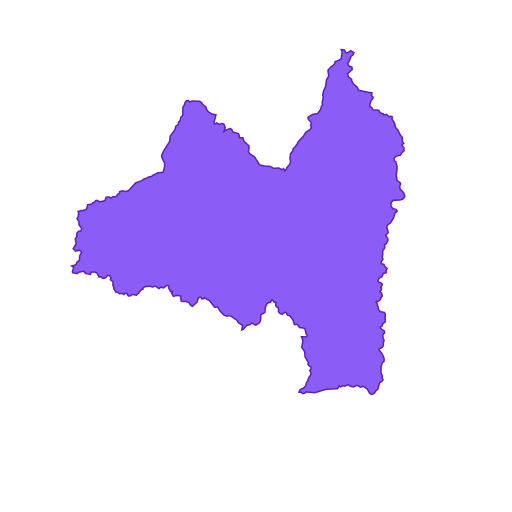 outline of Abancay, Apurímac, Peru, rotated 70°
{"feature_id": "86281439B95631648955536", "entity_name": "Abancay", "entity_type": "district", "adm_level": 2, "iso_a3": "PER", "parent_name": "Peru", "parent_adm1": "Apurímac", "projection": "orthographic", "projection_center": [-72.819, -13.777], "detail": "fine", "context": "isolated", "style": "filled", "palette": "violet", "viewbox_px": 512, "rotation_deg": 70, "n_neighbors": 0, "source": "geoboundaries", "source_scale": "gbopen_adm2", "svg_char_len": 6095}
<svg xmlns="http://www.w3.org/2000/svg" viewBox="0 0 512 512"><g transform="rotate(70 256 256)"><path d="M262.5,108.2L260.6,108.1L258.0,111.3L255.8,112.0L253.6,111.7L251.6,110.1L250.6,108.0L252.7,101.1L252.6,97.9L250.6,95.7L247.0,95.6L242.4,97.7L239.6,97.1L237.9,95.6L236.7,95.4L232.7,97.9L231.4,97.1L228.5,96.7L220.6,92.9L215.2,92.4L213.9,93.5L212.6,93.4L211.3,92.6L210.1,89.7L210.6,85.8L208.8,83.7L207.8,80.9L205.0,80.0L201.9,81.1L201.2,80.5L200.9,78.7L198.5,79.2L194.6,78.0L190.7,79.2L186.5,79.5L182.7,81.0L178.4,80.3L174.1,81.3L171.7,80.4L170.7,81.6L170.7,83.1L167.5,85.1L167.0,87.7L165.7,87.9L164.3,90.1L161.3,90.8L160.2,92.3L159.1,95.7L157.8,96.4L156.1,96.4L154.9,97.8L152.7,97.3L149.3,94.7L147.7,91.9L146.6,91.7L144.7,92.6L142.2,91.2L140.9,94.1L135.5,102.6L134.5,103.1L132.0,103.1L128.0,105.5L124.5,106.2L122.7,105.7L119.3,107.8L116.1,107.7L113.5,101.7L111.2,101.3L109.8,103.3L107.3,104.1L106.2,103.9L105.2,102.1L100.9,98.4L100.1,95.8L98.4,94.4L95.4,96.9L96.2,99.1L96.2,101.7L92.3,102.7L91.2,105.4L93.5,105.2L99.3,108.2L100.5,110.9L100.4,115.2L101.8,115.9L103.2,118.1L103.9,120.9L106.1,124.9L111.9,126.2L114.4,129.4L120.7,132.8L124.1,136.2L128.0,138.5L129.9,138.2L130.7,139.2L132.9,140.1L133.2,140.8L136.9,142.0L137.6,143.3L140.3,145.0L143.3,149.6L142.3,154.2L143.2,159.2L143.9,160.0L145.8,160.0L149.6,158.3L152.0,160.1L154.6,160.2L155.8,162.3L156.7,166.9L159.4,170.1L163.4,177.8L164.7,178.8L167.1,182.4L167.6,184.1L170.2,185.9L171.7,188.6L176.2,190.8L179.3,191.4L181.7,193.2L183.5,196.9L184.4,197.4L186.0,199.7L183.4,200.2L183.8,201.9L181.1,204.5L179.7,209.3L176.4,212.3L174.7,216.8L171.5,221.5L162.2,223.5L157.4,227.2L155.1,227.4L153.8,226.3L150.2,224.9L144.1,228.0L140.4,227.9L139.1,231.2L136.6,230.5L135.1,230.6L131.4,235.4L129.5,235.4L127.5,236.3L127.3,240.2L128.0,243.6L124.9,241.0L121.4,241.0L119.8,242.7L119.7,245.6L117.5,247.3L117.8,249.3L117.3,249.9L116.4,249.9L109.5,245.3L107.7,248.7L104.0,251.6L100.9,252.4L99.0,252.1L95.1,254.4L93.6,254.5L91.3,256.1L88.5,263.0L88.6,265.4L86.8,266.4L86.3,268.3L87.2,269.9L89.9,272.0L90.9,273.7L98.8,276.7L100.1,279.3L102.6,280.8L104.0,283.3L105.8,284.0L106.6,286.9L109.9,289.3L114.0,295.7L118.9,298.0L125.8,307.0L129.4,310.4L131.3,310.8L137.4,310.1L140.7,311.3L145.6,314.6L144.3,319.8L144.9,325.6L145.6,327.1L145.0,329.6L145.5,332.2L145.3,335.0L146.2,337.6L146.1,344.0L151.0,353.4L150.9,356.0L148.9,359.8L148.9,362.3L150.7,363.1L150.6,365.1L152.0,366.1L152.2,367.2L151.4,370.4L152.0,372.2L150.1,374.2L149.5,376.9L152.0,378.6L152.2,381.1L151.5,384.6L149.5,386.0L149.1,387.7L150.1,389.0L150.3,391.6L151.1,392.3L150.2,396.7L153.0,398.5L154.5,400.3L153.9,402.1L154.3,403.0L153.3,405.2L153.6,407.1L153.2,407.9L155.6,408.2L158.5,409.9L159.7,411.4L163.4,410.6L166.0,411.7L170.5,410.4L172.6,411.9L172.1,414.0L172.8,415.9L174.4,417.2L176.2,417.4L178.1,420.0L183.1,420.9L186.6,425.3L189.7,423.9L190.3,419.5L192.8,418.5L195.5,421.6L199.7,423.5L200.5,426.4L202.7,428.2L202.3,432.6L204.3,431.2L208.0,433.9L209.0,434.0L211.4,430.0L210.6,428.3L211.4,423.1L214.0,422.2L216.7,417.9L214.7,416.4L216.0,412.9L217.9,411.2L222.1,410.7L222.6,408.7L224.4,407.8L225.1,406.0L224.6,403.9L223.4,402.2L224.1,400.7L227.0,399.5L228.5,401.0L231.3,399.2L235.0,400.6L236.2,400.3L238.1,400.8L242.0,400.1L242.3,398.8L244.7,397.2L245.3,394.8L247.0,393.3L246.3,392.1L247.0,390.1L249.3,389.9L250.2,389.1L250.4,387.2L249.9,385.2L252.0,381.7L251.2,381.0L250.9,378.9L250.0,378.3L248.3,374.8L248.6,373.7L247.4,372.9L246.8,371.0L248.0,365.9L249.8,363.9L249.7,361.4L250.5,360.3L253.5,358.3L252.7,355.9L254.4,354.0L253.2,350.7L253.4,349.2L254.4,348.1L256.4,349.0L259.9,348.5L260.5,348.0L260.5,346.8L261.3,346.8L262.0,348.1L265.6,347.4L266.1,343.6L267.9,340.4L272.6,341.8L273.5,340.9L274.7,337.4L276.8,334.9L279.1,334.6L281.6,333.1L279.1,327.0L276.1,324.9L275.4,323.0L275.7,322.1L278.0,321.4L278.2,319.4L277.7,318.3L279.7,317.2L281.8,315.0L289.5,312.6L290.3,311.7L290.6,309.4L295.3,308.7L300.6,306.3L302.7,303.8L302.7,302.2L303.9,300.1L309.9,295.9L312.7,295.4L316.6,292.3L320.6,294.7L320.5,292.9L318.0,288.4L318.5,285.0L317.5,283.2L318.6,281.8L320.7,280.3L320.8,278.9L319.7,275.1L316.8,273.1L312.8,271.6L312.1,267.0L306.9,264.4L305.1,262.5L304.1,261.1L304.5,258.3L302.7,256.5L302.7,255.7L305.6,254.7L306.6,253.1L309.4,254.6L311.0,254.0L312.1,252.6L315.9,253.9L317.9,253.3L319.7,251.5L318.8,247.8L319.5,247.0L322.4,246.7L323.6,244.7L328.9,243.1L333.6,243.4L334.3,240.6L338.2,239.5L339.6,236.5L341.0,234.9L346.5,235.5L347.9,234.9L349.0,235.8L349.1,236.7L347.4,240.9L351.8,240.9L357.5,244.3L362.5,243.0L367.6,244.4L374.3,243.2L375.2,244.1L376.4,244.2L378.9,242.5L380.0,242.4L381.2,243.2L381.8,244.7L384.9,244.3L386.7,245.4L388.2,248.0L391.1,250.1L392.2,251.8L395.2,254.1L396.5,257.1L396.3,258.8L397.0,260.6L398.6,262.2L399.5,260.3L401.4,259.0L401.4,256.5L400.8,255.7L404.5,247.7L405.3,235.3L408.6,224.7L406.6,222.3L407.9,221.4L407.7,218.8L408.8,216.8L408.3,215.4L408.9,212.8L409.9,212.6L411.8,210.4L412.3,208.8L411.9,206.4L412.7,204.6L414.9,202.8L415.4,199.4L419.3,196.9L423.3,196.3L425.3,195.2L425.7,194.2L425.3,191.5L423.7,189.6L423.0,187.3L417.3,183.1L417.0,181.0L415.9,179.0L413.3,179.0L411.7,178.2L408.5,178.6L402.7,176.2L399.6,174.0L398.8,171.7L396.3,170.7L394.4,170.7L391.3,170.9L386.2,172.5L385.4,171.7L385.0,168.4L383.6,166.9L381.0,166.0L379.2,164.5L376.8,164.7L374.2,164.0L372.6,163.0L372.4,161.5L371.2,161.1L370.0,161.3L366.7,163.7L365.5,163.6L365.0,161.5L362.9,159.8L362.2,157.2L354.8,154.4L353.0,154.6L351.0,157.9L348.7,159.2L345.3,158.6L344.2,159.0L342.9,158.3L340.3,159.1L340.0,158.5L340.5,157.2L339.7,154.6L339.1,153.5L337.8,153.0L336.8,151.0L333.5,150.8L331.5,151.8L330.9,150.0L329.0,149.0L328.2,149.4L325.8,146.9L323.7,148.0L322.7,149.5L321.2,150.0L319.1,148.2L318.6,144.9L315.8,142.2L316.3,139.7L315.8,139.0L314.7,139.2L312.5,137.0L309.9,138.5L307.4,138.7L306.6,140.4L305.8,140.9L303.9,140.0L302.6,137.8L300.2,137.8L297.9,136.3L295.4,135.6L294.2,134.8L292.3,132.1L289.4,131.4L288.8,129.1L286.3,126.6L284.2,126.2L281.1,127.2L279.2,123.8L273.1,123.0L271.8,121.8L270.9,118.4L267.6,114.0L262.8,110.3L262.5,108.2Z" fill="#8b5cf6" stroke="#5b21b6" stroke-width="1.5"/></g></svg>